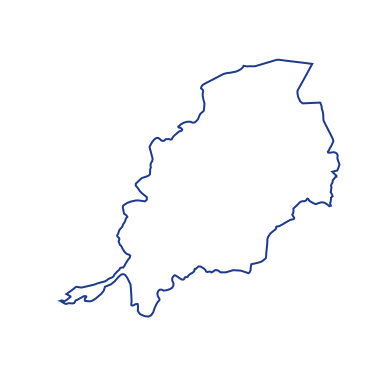 SVG path tracing the border of Afghanistan, rotated 169°
{"feature_id": "AFG", "entity_name": "Afghanistan", "entity_type": "country or territory", "adm_level": 0, "iso_a3": "AFG", "parent_name": "Asia", "parent_adm1": "", "projection": "mercator", "projection_center": [67.565, 33.924], "detail": "fine", "context": "isolated", "style": "outline", "palette": "blue", "viewbox_px": 384, "rotation_deg": 169, "n_neighbors": 0, "source": "natural_earth", "source_scale": "50m", "svg_char_len": 4960}
<svg xmlns="http://www.w3.org/2000/svg" viewBox="0 0 384 384"><g transform="rotate(169 192 192)"><path d="M167.7,107.3L174.1,106.7L179.1,107.6L181.7,110.2L184.3,110.9L186.9,109.7L188.4,109.4L189.0,110.2L190.3,110.6L192.2,110.5L193.3,111.2L193.5,111.9L193.6,112.7L195.0,114.7L197.6,117.1L199.9,117.7L202.9,115.8L203.9,116.0L204.4,115.4L204.7,114.1L206.5,112.8L209.9,111.6L211.7,110.5L212.4,109.6L213.5,109.4L214.8,109.7L215.6,109.3L215.9,108.5L216.3,108.1L216.9,107.8L217.5,107.7L218.5,107.9L220.3,109.4L223.1,112.3L224.8,113.6L225.6,113.3L226.7,112.5L227.9,111.0L228.3,108.8L227.6,106.0L228.1,103.7L229.6,101.9L232.3,100.8L236.4,100.4L238.9,100.7L239.8,101.6L241.1,102.1L242.6,102.2L244.1,101.1L245.4,99.0L245.4,96.3L244.3,93.2L244.6,92.1L245.1,91.7L246.7,90.5L248.8,88.1L250.9,85.1L253.0,81.3L255.5,78.9L258.4,78.0L262.0,79.1L266.3,82.0L267.9,85.6L266.8,89.9L266.7,92.3L267.6,92.7L269.1,92.6L271.1,91.9L272.4,91.9L273.1,92.5L273.0,93.7L272.3,95.5L271.5,100.6L270.9,105.0L270.4,109.3L270.0,113.1L270.8,116.0L272.0,120.4L273.4,123.3L274.8,124.3L276.2,124.6L277.6,124.3L280.6,122.5L285.0,119.0L289.2,116.8L295.5,115.6L297.5,111.9L300.4,109.4L307.0,105.7L310.6,104.3L312.6,104.1L315.2,104.7L315.8,105.0L316.3,105.1L317.6,105.4L317.9,106.6L317.5,107.8L316.1,108.8L315.7,109.6L316.2,110.1L318.2,110.3L322.3,109.0L325.0,108.1L326.9,107.8L327.7,106.7L328.8,105.5L330.7,105.4L332.7,106.0L334.3,106.4L337.1,106.1L338.6,107.1L340.7,108.9L341.6,110.1L342.0,110.3L340.9,110.5L339.4,109.9L338.8,108.9L338.5,108.8L337.3,109.4L335.1,110.2L331.2,112.3L331.2,112.8L333.8,114.9L334.4,115.6L334.7,115.8L332.4,116.8L327.5,119.1L324.2,120.9L323.5,121.0L321.5,120.2L318.6,119.3L317.8,119.3L311.2,119.5L305.0,119.8L302.5,120.3L297.7,120.7L294.7,120.8L292.8,121.5L290.7,122.5L288.6,123.1L287.0,123.3L285.0,124.2L283.8,125.9L280.1,128.5L278.1,129.7L277.0,131.1L275.9,131.3L273.9,131.0L272.3,132.5L270.6,134.7L267.5,137.9L265.8,139.2L264.8,141.2L265.5,142.3L268.1,143.9L269.2,145.4L269.9,146.6L271.0,149.6L271.8,152.6L272.9,153.9L273.2,156.1L273.5,157.5L272.9,158.4L272.3,159.5L272.3,160.5L273.0,161.6L273.6,162.5L273.9,163.2L273.5,164.0L272.3,165.3L271.7,166.6L270.4,168.7L268.4,170.2L267.1,171.2L265.7,173.5L263.3,175.9L262.3,178.0L261.3,179.2L260.2,179.8L260.5,180.9L261.4,182.3L262.9,183.8L262.9,186.3L262.8,188.0L262.9,190.1L262.0,191.9L257.8,193.6L253.7,194.3L248.8,194.4L246.9,194.1L245.4,193.7L240.0,191.8L237.8,193.0L237.4,195.7L241.3,200.2L242.9,202.6L244.7,206.8L246.0,208.9L245.6,210.9L242.0,213.2L238.5,215.3L234.0,215.8L231.1,216.5L229.8,217.6L228.7,222.3L227.7,223.9L227.7,226.0L226.8,228.3L225.3,229.7L224.3,232.1L224.6,236.7L225.1,244.3L223.2,246.8L221.0,249.2L218.8,250.9L216.6,251.8L214.8,251.5L213.3,249.9L212.5,248.7L210.9,247.6L209.3,247.8L207.7,248.8L205.1,248.5L202.9,247.5L201.8,247.6L201.2,248.6L198.8,250.7L193.1,253.9L190.7,254.1L189.7,254.9L190.1,256.2L191.1,257.2L192.9,258.0L193.0,258.8L191.4,259.6L190.1,260.5L187.1,261.5L183.6,261.9L180.1,261.3L178.2,259.9L176.1,259.8L174.1,260.8L172.1,262.5L169.8,266.1L169.2,266.7L168.6,267.3L167.2,268.1L165.1,269.3L164.1,272.0L162.8,276.7L163.1,279.3L163.2,283.6L162.7,286.7L161.8,288.7L162.0,290.3L163.4,292.1L162.8,293.3L161.7,294.6L160.5,295.3L156.0,296.7L149.9,298.5L145.8,299.7L139.8,301.5L138.0,301.9L134.3,302.1L132.4,301.8L129.8,301.8L126.0,301.8L123.4,302.3L120.7,303.2L118.8,304.3L117.7,305.4L117.3,306.0L114.6,305.0L106.2,303.4L83.5,305.6L81.3,305.2L73.6,302.6L63.6,299.4L57.4,297.4L49.5,294.8L54.9,288.3L59.6,282.6L64.4,276.9L69.1,271.3L69.6,269.3L69.7,265.4L68.5,260.3L66.5,257.9L59.9,256.9L55.0,256.2L49.7,255.4L49.0,255.2L48.4,251.1L48.7,249.3L48.3,245.8L48.4,243.1L49.1,238.7L49.2,236.7L46.7,228.0L45.3,223.2L43.9,218.2L43.6,216.6L43.6,214.7L46.9,210.1L47.9,209.1L49.8,206.7L51.0,205.5L50.8,204.7L48.7,204.2L45.5,204.1L43.9,203.4L42.6,202.2L42.0,200.4L42.9,197.1L42.0,190.8L43.8,187.6L45.3,185.4L50.4,185.1L48.7,182.6L47.8,181.2L47.2,180.7L47.0,180.1L47.3,179.4L48.6,179.2L49.5,178.3L51.0,177.2L51.7,176.6L51.9,175.2L52.5,174.2L53.6,173.0L54.4,171.5L54.2,169.9L55.0,167.8L55.3,166.6L55.9,165.5L55.4,163.9L55.0,162.5L54.8,160.9L55.6,160.5L56.7,159.9L56.9,158.7L57.4,157.1L57.8,155.8L58.5,154.8L58.6,153.8L58.2,152.1L59.9,151.8L60.6,152.7L61.5,153.9L64.0,156.2L65.7,156.9L67.7,157.2L70.2,156.9L72.3,156.5L73.2,156.6L75.4,158.2L78.0,160.5L78.8,161.5L79.2,163.1L80.0,163.5L81.6,162.0L83.2,161.5L84.7,161.8L86.3,161.9L87.9,161.4L88.6,161.0L91.4,159.0L94.0,157.4L95.6,156.5L96.1,153.4L96.9,151.6L97.9,150.6L97.5,149.3L97.1,148.3L96.6,147.0L97.1,146.2L98.1,145.9L100.7,145.9L105.1,144.5L108.9,143.1L112.3,142.0L113.9,141.8L115.4,142.0L116.1,141.6L116.3,140.6L117.1,139.4L119.0,138.5L122.7,136.5L125.8,133.5L127.0,131.3L127.7,128.0L129.2,122.9L130.9,117.3L131.5,114.8L132.2,112.9L135.0,111.3L137.9,110.2L142.3,109.9L147.6,109.8L148.7,106.8L149.4,104.2L150.2,102.8L151.5,101.7L152.0,101.5L154.8,103.1L159.1,105.5L164.1,106.8L166.7,107.4L167.7,107.3Z" fill="none" stroke="#1e3a8a" stroke-width="2"/></g></svg>